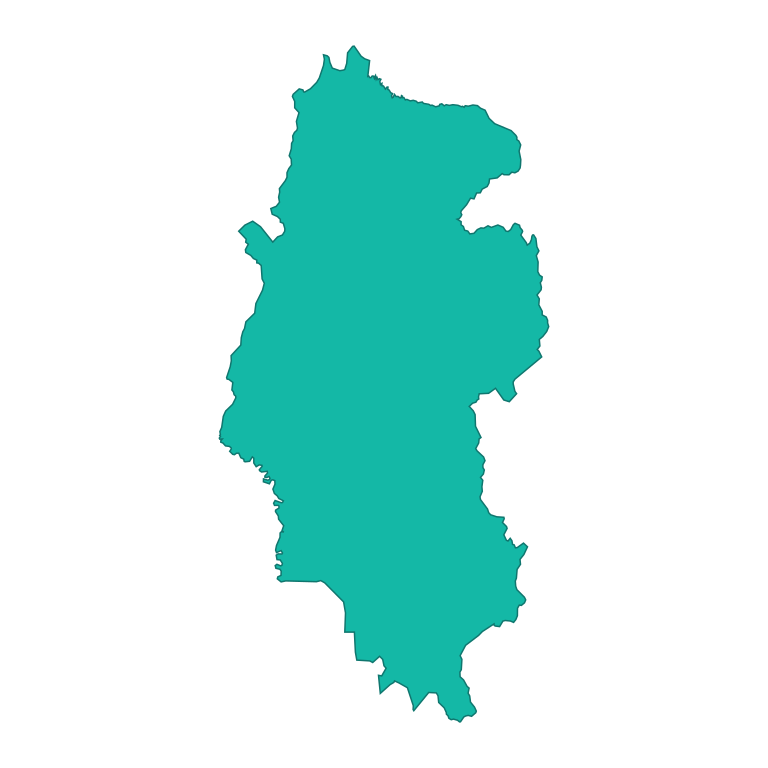 outline of Azangaro, Puno, Peru
{"feature_id": "86281439B39141147012266", "entity_name": "Azangaro", "entity_type": "district", "adm_level": 2, "iso_a3": "PER", "parent_name": "Peru", "parent_adm1": "Puno", "projection": "robinson", "projection_center": [-70.147, -14.836], "detail": "fine", "context": "isolated", "style": "filled", "palette": "teal", "viewbox_px": 768, "rotation_deg": 0, "n_neighbors": 0, "source": "geoboundaries", "source_scale": "gbopen_adm2", "svg_char_len": 6065}
<svg xmlns="http://www.w3.org/2000/svg" viewBox="0 0 768 768"><path d="M520.7,144.9L518.8,141.0L516.8,139.6L516.9,137.2L515.9,135.4L511.1,130.6L494.7,123.7L489.1,118.4L485.1,110.2L480.5,108.2L477.5,105.6L472.9,105.0L468.3,106.2L465.2,105.7L464.1,107.3L462.6,106.3L461.4,106.7L458.0,105.3L452.8,104.7L449.3,105.4L446.2,104.7L444.2,105.8L441.8,103.8L439.7,104.4L439.3,105.8L435.7,106.8L432.0,105.1L430.7,105.5L428.8,104.3L423.5,103.4L422.3,102.0L417.8,102.8L416.2,101.2L413.2,100.3L410.3,100.9L406.9,99.4L405.3,99.9L403.9,97.6L402.4,97.7L402.5,96.2L401.5,95.6L401.0,97.5L400.2,98.0L398.0,96.4L396.0,96.5L394.5,94.4L393.1,97.4L392.2,97.8L391.5,95.9L392.6,93.6L390.7,92.7L389.1,90.0L387.8,89.4L388.0,87.1L387.1,87.0L385.4,89.1L383.5,86.0L381.9,85.7L381.9,83.4L380.5,84.6L379.8,81.5L380.9,79.3L379.5,78.7L378.0,79.6L377.0,77.4L376.2,79.2L375.5,75.4L374.5,77.0L375.1,78.3L374.6,78.9L373.4,76.1L372.2,76.0L370.9,77.7L369.6,77.5L368.7,76.0L367.8,76.4L369.6,60.6L364.7,58.8L361.1,56.2L354.1,46.1L352.6,46.4L347.6,52.8L346.7,63.4L344.8,69.5L343.4,70.1L339.8,70.7L332.3,68.1L329.9,62.4L328.9,57.4L327.2,55.8L323.5,54.8L324.4,59.2L323.5,65.5L319.3,78.0L316.7,82.4L310.4,88.8L304.6,92.1L303.7,91.9L302.9,89.9L299.2,88.9L293.2,94.3L292.4,96.4L294.7,101.4L294.7,107.8L299.0,112.6L296.4,121.4L297.5,128.1L296.8,130.3L294.5,132.4L292.7,136.0L293.1,140.7L291.6,143.3L291.3,148.8L289.2,155.8L291.2,159.1L291.5,165.0L288.8,168.6L287.0,172.7L287.0,177.3L285.3,180.7L279.4,188.6L279.7,192.1L278.6,197.2L279.5,202.2L276.3,206.3L270.8,208.5L272.2,214.2L277.4,216.5L280.3,219.3L280.3,222.1L283.3,223.3L284.9,228.8L284.7,231.3L282.4,235.0L277.6,236.9L272.8,242.1L260.5,226.7L252.7,221.2L244.9,225.1L238.7,231.2L246.2,239.2L245.7,242.2L248.3,244.2L245.4,249.7L245.8,252.5L250.8,255.4L253.4,258.5L256.8,260.1L256.8,262.9L258.6,263.2L261.2,265.5L262.1,278.9L264.3,283.2L262.5,290.2L255.9,303.5L254.7,313.2L245.9,321.8L244.5,328.6L242.8,331.8L241.3,337.6L240.8,345.1L231.1,355.6L231.3,360.9L230.2,366.8L226.6,377.6L227.1,379.1L228.9,379.4L232.8,382.4L231.9,390.0L233.4,391.8L234.1,394.7L235.7,396.1L235.8,397.9L232.6,404.3L225.7,411.0L223.3,416.3L221.7,427.4L219.9,431.6L220.4,434.6L219.7,435.4L220.5,436.3L219.3,438.1L219.8,439.2L222.3,439.0L220.8,440.8L220.8,442.2L222.9,443.0L225.5,445.9L229.4,446.4L231.1,447.8L231.3,449.0L229.7,451.3L232.7,454.3L234.4,454.7L236.5,453.2L238.8,453.2L240.8,457.7L243.7,459.1L244.2,461.4L245.1,461.8L249.6,461.3L252.3,456.9L253.8,458.2L253.8,463.0L256.2,466.7L259.2,464.9L261.9,465.3L262.1,466.4L259.3,469.7L259.6,470.7L261.6,472.0L267.2,471.3L267.5,473.1L265.0,475.8L264.8,477.1L266.8,477.5L269.0,476.5L270.0,478.3L269.5,479.5L267.8,480.2L263.5,478.9L263.4,481.8L269.4,483.8L271.2,480.4L272.7,479.8L274.8,480.6L275.0,484.1L272.9,489.1L274.4,493.5L277.2,495.8L278.8,498.5L283.4,500.8L282.5,502.5L281.2,502.7L275.1,500.5L273.6,503.2L274.5,505.4L278.2,505.4L279.0,506.1L278.9,508.1L275.6,510.1L275.5,511.6L278.3,515.9L278.6,519.2L283.7,525.7L282.0,530.7L283.8,532.1L281.5,531.6L280.1,533.0L280.0,537.3L276.5,545.5L275.6,550.1L276.5,552.6L281.1,550.6L282.5,553.0L281.9,554.0L278.1,553.9L276.2,555.2L277.0,559.6L280.2,559.9L282.4,563.4L282.0,565.1L280.8,565.9L276.9,564.3L275.2,565.6L275.9,568.3L280.0,569.3L281.2,571.2L281.0,575.4L277.8,576.9L277.3,578.8L281.1,581.9L285.7,580.9L316.4,581.7L320.8,580.6L324.7,582.8L343.6,601.9L345.5,612.9L344.8,632.1L354.4,632.1L355.4,652.2L356.8,660.1L369.7,660.9L372.7,662.5L379.6,656.3L382.7,659.4L384.0,665.8L386.1,668.2L381.7,675.9L378.5,675.3L380.3,693.4L390.1,684.6L393.9,682.4L394.5,680.9L398.9,682.9L407.4,687.7L413.3,705.7L413.1,709.5L413.8,710.7L428.7,692.5L436.3,692.9L438.0,695.7L438.7,702.5L444.2,707.8L446.3,712.5L446.4,714.2L448.0,715.7L448.9,718.3L451.2,719.7L453.5,719.1L457.6,720.3L459.5,721.9L460.5,721.8L463.8,717.0L465.6,716.0L468.2,715.4L471.6,716.3L475.8,712.7L476.3,711.1L474.5,707.1L470.5,702.1L469.7,695.9L468.1,693.2L469.1,688.1L467.1,686.4L463.6,680.0L460.1,676.8L459.9,672.1L461.3,669.7L461.9,659.3L460.1,655.7L465.6,645.3L478.7,635.3L482.4,631.5L494.0,623.9L494.1,625.2L495.1,626.0L499.6,626.6L502.9,621.1L505.2,620.5L510.3,621.0L513.6,622.4L515.9,619.5L517.4,615.7L517.5,608.2L519.3,605.1L521.4,605.4L524.5,602.8L525.7,599.9L524.4,597.2L516.9,589.7L515.7,586.2L515.3,581.0L516.4,578.2L517.1,569.4L520.5,564.3L520.0,559.4L523.9,554.5L527.5,546.8L523.5,543.1L517.2,547.6L515.4,547.8L514.2,544.9L512.6,544.4L511.9,540.7L510.2,538.3L508.0,541.0L506.4,540.3L503.8,534.8L507.1,528.4L506.5,526.5L502.5,522.5L504.2,518.8L503.9,517.3L496.8,516.8L490.7,514.8L488.7,512.7L487.5,509.0L480.5,499.6L480.0,496.8L482.3,491.3L481.9,486.7L482.8,480.3L480.5,477.4L483.4,474.0L484.3,470.0L482.9,467.5L482.9,464.7L485.0,460.7L483.6,457.0L477.1,450.9L475.7,448.6L478.7,443.0L479.1,438.9L481.0,437.5L475.5,426.3L475.1,414.6L473.3,410.9L469.2,406.4L472.6,403.2L475.9,402.2L477.2,400.0L478.8,399.0L478.5,396.9L479.2,393.8L488.6,393.3L495.5,388.3L503.8,400.0L509.3,401.7L516.6,393.7L514.9,391.3L513.2,383.9L513.2,381.9L515.0,379.1L541.7,356.9L538.9,351.2L537.2,349.5L539.9,346.0L539.3,339.4L542.8,336.5L546.7,331.5L548.7,326.6L547.6,323.0L547.6,320.3L546.2,317.0L542.2,314.9L542.2,311.3L538.8,304.8L539.3,298.9L537.0,295.0L541.1,289.8L541.4,287.3L540.3,282.7L541.8,280.3L542.2,276.9L539.6,275.2L537.8,271.7L538.1,262.0L536.3,255.6L538.9,250.9L536.9,246.8L535.9,238.5L533.6,234.9L532.6,235.0L531.9,236.3L531.4,239.7L529.8,243.2L527.2,245.1L526.3,242.7L520.8,235.1L522.6,231.5L522.3,230.3L520.1,227.6L519.5,225.2L515.0,223.3L513.4,224.6L510.7,229.6L508.2,231.5L505.9,231.1L503.2,227.3L497.9,225.0L491.3,227.4L488.0,225.8L483.8,228.2L480.9,227.9L477.3,229.6L474.0,233.3L469.8,233.9L467.8,231.1L464.6,230.2L463.4,226.5L461.1,224.8L461.1,221.6L457.1,219.2L459.2,218.6L460.8,216.7L461.8,214.7L460.8,212.8L461.2,210.9L466.6,204.7L470.5,198.2L474.0,198.9L476.6,193.0L480.3,192.8L482.2,189.1L487.2,186.5L489.0,183.0L489.5,179.0L497.2,177.9L502.2,173.6L503.9,174.7L509.0,174.8L511.8,172.2L514.9,172.8L518.1,171.1L520.1,168.0L520.5,165.2L520.8,159.6L519.1,151.1L520.7,144.9Z" fill="#14b8a6" stroke="#0f766e" stroke-width="1.5"/></svg>